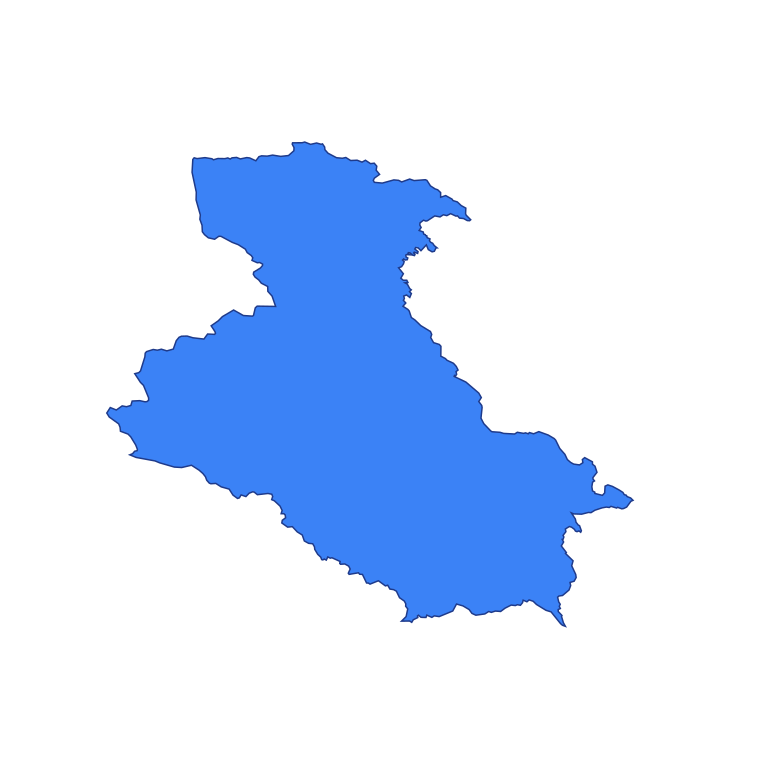 Ban Kha, Ratchaburi, Thailand (Equal Earth projection), rotated 119°
{"feature_id": "78962969B84740319728586", "entity_name": "Ban Kha", "entity_type": "district", "adm_level": 2, "iso_a3": "THA", "parent_name": "Thailand", "parent_adm1": "Ratchaburi", "projection": "equal_earth", "projection_center": [99.377, 13.332], "detail": "fine", "context": "isolated", "style": "filled", "palette": "blue", "viewbox_px": 768, "rotation_deg": 119, "n_neighbors": 0, "source": "geoboundaries", "source_scale": "gbopen_adm2", "svg_char_len": 6171}
<svg xmlns="http://www.w3.org/2000/svg" viewBox="0 0 768 768"><g transform="rotate(119 384 384)"><path d="M582.9,253.7L578.9,246.7L579.0,244.2L576.0,244.1L571.9,241.2L570.6,242.3L569.5,241.8L570.1,238.6L569.5,237.2L567.8,234.1L565.4,234.5L564.9,229.0L562.4,227.6L560.7,223.0L549.2,213.8L541.3,213.9L539.8,207.4L540.0,200.2L542.0,195.9L541.7,191.6L536.2,184.3L532.2,182.1L531.7,179.4L528.6,176.5L526.4,171.7L521.3,169.4L515.7,165.6L514.1,161.7L512.4,160.4L511.4,157.4L508.1,156.8L505.6,157.5L505.2,153.4L502.5,152.4L501.7,148.2L502.9,143.8L503.4,132.6L502.3,127.4L508.0,113.4L508.5,111.0L508.0,107.9L505.8,111.4L501.3,116.0L500.2,116.1L498.5,121.3L496.8,122.3L494.9,120.9L493.5,122.9L491.2,123.1L489.9,125.5L486.3,128.8L484.6,128.2L482.4,125.3L474.5,122.3L469.8,123.0L467.4,125.1L464.3,122.1L460.1,122.1L457.6,124.0L452.0,131.7L447.0,132.9L444.2,143.1L443.0,142.8L439.7,150.4L435.1,150.3L433.5,152.8L432.9,152.1L430.6,152.5L429.6,154.0L425.0,153.3L422.9,155.1L418.8,152.8L418.3,150.5L418.8,147.0L419.8,145.3L419.6,143.6L418.0,142.3L418.3,140.1L416.7,140.2L413.1,144.3L413.2,145.7L411.8,149.0L409.3,151.2L405.9,157.6L405.6,155.0L402.0,148.0L397.2,142.9L396.2,140.6L392.1,138.3L386.6,133.2L383.8,129.8L382.8,127.1L381.0,126.2L379.7,120.4L378.6,119.9L377.9,115.5L376.8,114.1L374.0,112.1L366.9,111.2L365.0,109.8L364.1,113.0L364.6,116.8L363.8,118.2L364.3,120.2L363.0,122.5L362.7,127.2L362.8,134.5L363.7,139.3L366.2,141.1L372.3,138.2L375.5,139.0L377.5,146.5L376.4,147.2L376.4,149.8L373.1,152.4L368.7,154.0L366.7,152.9L365.8,155.1L364.6,155.9L358.0,154.9L353.6,159.6L353.1,162.7L351.0,164.0L351.1,172.8L353.9,173.9L356.4,171.9L360.0,173.8L362.1,179.3L362.1,182.7L361.2,187.0L357.8,191.7L355.2,199.0L349.9,206.6L349.2,208.7L349.0,215.6L350.6,225.5L355.0,229.0L356.0,233.3L357.6,233.7L358.1,236.5L359.5,238.0L361.6,244.0L364.4,245.5L369.2,255.4L370.0,259.1L373.4,266.4L373.3,267.9L370.3,277.5L366.9,282.6L357.0,286.8L355.4,288.1L353.4,292.6L348.7,292.3L346.0,296.7L342.6,313.3L343.4,326.3L342.3,326.5L341.9,325.3L340.4,325.1L338.2,327.0L335.9,326.0L333.6,329.3L332.2,333.3L332.7,340.3L332.0,342.6L332.1,347.8L323.4,352.5L322.6,354.8L323.8,360.7L320.7,365.7L317.5,366.3L315.6,368.8L315.1,380.2L313.0,388.0L312.6,392.3L307.9,397.4L307.2,399.3L306.8,405.1L302.6,404.2L301.4,407.6L299.4,407.6L297.5,409.4L295.2,407.4L295.8,403.4L291.6,403.9L290.9,406.5L288.4,405.8L288.1,407.7L285.3,412.1L285.3,414.6L283.6,412.3L282.2,414.4L283.9,417.4L283.3,420.6L278.2,420.5L275.3,427.6L272.9,425.5L269.5,425.2L267.2,425.7L266.6,427.9L265.1,427.4L265.3,425.6L264.0,423.9L262.2,424.3L262.3,426.1L260.8,427.4L260.0,427.2L258.5,424.1L258.3,426.3L257.3,426.4L256.7,425.0L257.4,421.3L256.9,419.6L255.7,419.7L255.0,421.6L254.0,421.5L253.5,417.9L251.7,418.4L251.0,422.5L249.3,422.5L248.4,420.1L249.5,416.3L241.8,414.4L245.0,410.4L245.1,406.0L243.5,404.3L239.8,404.5L239.2,403.6L238.6,407.1L237.3,409.7L237.4,412.1L236.6,413.7L234.8,414.1L235.1,417.2L233.6,418.5L234.0,419.4L233.4,420.3L233.6,422.0L232.0,423.4L232.7,427.7L229.1,427.4L227.6,429.8L225.6,430.6L221.6,428.9L221.2,426.4L220.2,425.2L212.4,421.1L210.7,416.0L207.2,414.1L206.3,410.7L202.7,408.3L202.3,402.5L201.3,401.2L202.3,398.4L200.7,394.6L200.7,390.4L199.7,388.3L198.3,387.8L196.5,394.0L195.5,395.2L190.5,397.7L190.5,403.0L189.2,408.2L190.1,412.5L189.3,414.2L189.3,421.4L193.2,425.0L189.1,427.3L188.1,431.2L188.6,434.0L188.2,439.4L185.1,445.2L185.3,446.9L191.5,456.3L192.3,460.9L198.7,466.5L198.8,470.0L200.7,474.3L209.1,482.9L212.3,490.2L211.1,492.1L208.6,492.2L202.8,489.5L200.8,494.5L197.0,495.9L195.6,499.6L197.8,502.6L197.3,508.7L200.6,510.8L201.3,516.0L204.7,521.5L204.4,527.2L206.7,529.8L209.1,535.2L209.3,544.8L207.7,549.3L205.5,550.8L203.8,554.2L204.8,555.2L205.9,559.8L210.0,564.4L210.8,570.6L212.7,572.6L217.4,580.9L218.7,580.6L220.9,577.3L223.7,575.9L230.5,578.3L235.0,584.7L237.8,592.4L241.3,596.6L243.8,601.7L245.8,603.6L250.9,604.3L251.4,611.0L252.5,613.8L256.8,618.8L257.3,622.8L259.9,626.6L261.8,627.6L262.0,630.2L264.0,632.4L267.3,638.6L270.6,641.9L270.4,643.7L272.8,650.3L277.5,656.8L278.2,659.7L280.3,660.1L291.9,654.5L307.2,641.2L314.1,637.6L325.2,626.6L329.2,624.9L333.4,620.1L338.9,616.7L340.4,613.4L341.3,608.5L339.5,602.3L334.9,600.1L333.9,598.2L333.7,585.4L332.8,579.0L333.3,570.6L335.4,567.4L336.0,562.3L337.2,560.0L339.9,559.4L339.4,553.6L338.0,551.6L338.0,548.3L339.3,547.7L342.4,548.3L349.3,552.2L351.4,551.5L353.0,548.7L353.7,544.0L355.3,540.2L355.1,533.0L359.3,530.5L361.4,524.5L368.7,516.4L377.4,532.7L379.8,533.5L387.3,531.4L388.4,531.9L392.3,540.2L392.2,551.4L403.4,558.0L409.1,559.6L416.9,563.4L420.1,557.3L421.3,556.0L422.7,556.2L425.8,562.5L432.0,563.3L436.2,573.5L437.5,579.4L440.4,584.3L442.5,585.9L446.8,586.7L455.6,585.2L460.3,590.0L461.5,595.6L464.3,598.6L465.7,602.6L470.8,607.4L472.8,607.8L476.2,606.3L490.6,603.3L493.0,604.0L495.8,607.0L500.7,597.7L501.8,593.7L510.2,583.2L512.4,582.0L514.3,582.8L515.4,584.3L517.0,589.6L521.0,596.0L525.5,595.0L528.7,598.2L530.1,602.4L536.5,605.5L537.3,612.0L543.8,612.4L546.1,608.3L547.5,596.7L549.9,593.8L553.1,591.6L551.9,583.6L553.0,579.9L557.7,571.6L560.7,568.0L562.0,567.6L563.7,569.5L566.8,570.1L569.2,572.0L568.4,565.2L562.3,547.0L561.7,541.9L558.3,527.1L555.1,520.4L548.4,513.0L549.0,504.0L550.1,499.0L551.7,495.2L554.1,492.4L555.4,488.8L555.2,487.1L552.5,482.9L552.9,476.5L551.0,468.5L554.4,462.2L555.1,456.6L553.7,455.3L550.3,455.2L549.4,450.2L544.9,449.0L541.9,446.5L541.5,445.0L542.2,441.1L536.0,432.4L534.8,428.7L536.4,426.8L539.6,426.2L539.3,423.3L541.2,415.7L544.0,411.8L547.3,411.1L546.0,408.7L546.4,407.0L548.7,405.2L552.5,406.9L555.1,406.0L555.9,398.9L553.2,395.0L555.4,388.2L555.7,382.3L559.9,377.6L559.9,372.7L558.3,368.9L560.1,365.9L562.2,364.4L565.1,359.4L566.1,355.4L567.8,353.4L567.5,352.2L566.1,351.4L566.0,349.1L562.5,349.3L562.4,346.6L561.2,345.3L560.5,336.4L562.4,335.7L562.7,334.6L560.4,331.0L560.4,326.6L562.2,323.9L566.8,323.5L567.4,322.2L561.5,314.8L562.2,313.1L561.0,310.5L566.5,302.8L565.7,301.2L565.8,299.2L558.8,293.5L559.9,284.9L558.2,283.2L560.5,279.4L559.2,275.9L559.2,272.7L563.4,266.8L564.0,261.0L565.7,258.4L567.9,257.3L569.2,254.2L576.7,251.9L582.9,253.7Z" fill="#3b82f6" stroke="#1e3a8a" stroke-width="1.5"/></g></svg>